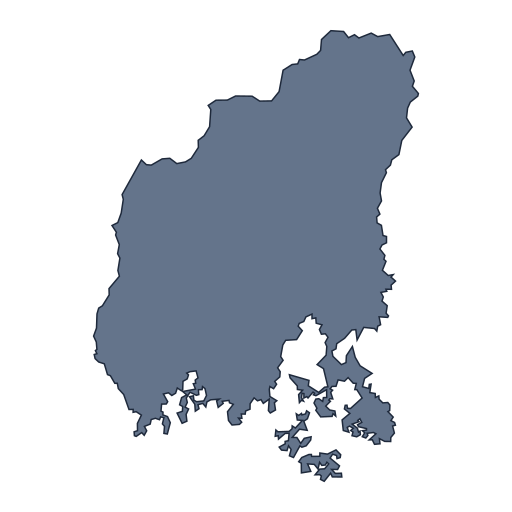 Müna, Ngöbe Buglé, Panama (orthographic projection)
{"feature_id": "35544464B46003057824195", "entity_name": "Müna", "entity_type": "district", "adm_level": 2, "iso_a3": "PAN", "parent_name": "Panama", "parent_adm1": "Ngöbe Buglé", "projection": "orthographic", "projection_center": [-81.616, 8.422], "detail": "fine", "context": "isolated", "style": "filled", "palette": "slate", "viewbox_px": 512, "rotation_deg": 0, "n_neighbors": 0, "source": "geoboundaries", "source_scale": "gbopen_adm2", "svg_char_len": 6095}
<svg xmlns="http://www.w3.org/2000/svg" viewBox="0 0 512 512"><path d="M119.4,276.2L109.0,288.6L109.2,294.9L102.4,305.8L98.7,308.1L97.0,313.9L96.5,328.1L93.6,336.1L96.3,342.0L96.9,349.4L95.4,350.6L96.9,353.7L94.2,354.5L95.1,358.6L98.7,362.0L104.3,363.8L107.5,374.6L110.4,375.7L114.8,383.3L117.3,383.3L118.3,388.6L123.7,394.5L129.0,409.5L133.2,409.4L133.1,412.3L136.2,411.7L141.4,415.1L137.4,423.4L137.5,430.7L134.1,431.8L134.4,435.7L136.2,436.4L141.7,432.6L144.2,435.3L146.7,430.8L144.4,426.4L150.2,424.1L151.2,419.5L155.4,418.3L159.5,419.7L160.6,416.9L163.9,417.7L162.4,423.9L164.5,426.3L163.9,433.4L167.3,434.0L170.3,422.7L167.5,416.6L162.9,414.9L163.0,412.1L161.0,411.1L161.6,404.1L166.3,404.0L167.7,401.7L163.4,394.0L168.5,392.8L171.8,395.5L175.6,393.2L177.3,388.0L181.3,390.7L182.7,389.7L183.0,381.3L187.2,378.9L188.5,374.9L186.7,373.1L189.9,371.7L196.1,370.9L198.0,377.9L195.2,380.1L195.7,383.3L193.3,383.7L195.5,389.1L182.7,391.5L186.7,394.9L181.6,397.6L179.6,404.8L182.7,406.5L182.4,411.3L177.1,413.1L182.1,423.3L186.9,421.2L186.1,414.4L188.6,409.0L185.1,407.1L187.3,402.5L186.3,398.0L190.0,392.2L196.4,395.3L198.8,394.6L198.4,389.7L202.1,389.6L202.5,386.6L205.0,388.6L206.5,395.5L203.8,400.9L196.6,401.7L193.9,400.2L193.4,395.8L189.5,396.7L194.8,404.2L195.3,411.2L199.0,408.7L198.0,404.7L202.8,403.4L205.8,407.0L206.9,401.9L210.7,399.8L219.2,399.1L216.6,400.9L218.2,407.4L223.2,403.4L222.2,401.3L229.0,400.4L229.5,402.8L233.3,404.3L227.5,411.7L228.5,420.5L232.0,425.0L239.4,424.4L241.7,422.2L238.5,418.1L241.9,418.3L241.3,414.0L245.2,414.1L245.6,411.0L250.0,409.2L250.1,403.7L254.1,397.9L257.5,400.8L261.0,399.6L263.3,403.4L269.2,399.1L268.4,410.6L270.3,413.0L275.5,410.0L274.4,402.7L276.8,400.7L269.9,396.5L269.3,389.4L269.9,386.5L273.6,388.7L276.6,384.2L274.7,381.4L279.8,376.9L280.2,371.7L277.6,367.8L283.1,360.3L280.7,356.6L282.8,345.0L285.7,340.3L296.6,339.6L302.3,330.7L298.2,326.2L299.2,323.4L303.8,321.5L305.9,316.9L312.0,314.1L312.0,318.7L315.8,317.9L316.2,323.2L322.0,324.8L319.4,329.5L321.4,334.2L325.4,333.8L328.0,337.3L325.1,342.6L326.8,346.4L326.1,355.2L317.1,364.6L323.5,368.6L327.9,386.8L324.6,387.2L318.7,392.4L308.3,385.8L309.0,380.4L289.4,374.7L290.1,377.9L297.3,385.9L297.4,389.5L302.6,390.2L298.6,394.6L299.4,402.6L301.5,400.3L303.5,401.1L301.5,397.6L302.1,393.3L303.9,393.6L303.9,398.0L306.8,396.6L308.0,398.0L313.0,392.1L314.6,393.2L313.4,394.8L315.9,395.7L326.6,389.7L326.7,397.5L323.4,397.6L322.7,401.4L318.8,398.7L315.8,399.1L314.0,403.0L316.9,408.2L315.8,410.3L320.7,416.9L332.1,416.4L333.0,413.6L335.7,416.0L334.9,411.0L329.7,410.0L325.7,406.1L330.4,401.3L328.8,400.1L329.8,398.7L332.8,398.9L330.7,392.4L332.6,390.2L330.1,388.8L332.0,386.4L336.0,386.3L338.1,379.9L344.5,381.2L348.1,377.6L353.2,383.2L356.3,383.4L354.8,389.6L356.8,389.6L362.1,398.0L350.5,408.5L347.5,408.3L347.0,405.2L345.2,405.3L344.4,408.9L349.9,413.4L342.1,419.9L343.3,430.5L348.9,432.2L347.2,427.4L349.5,426.1L353.3,428.3L350.7,430.5L353.0,432.0L352.0,435.7L356.7,436.8L360.4,434.7L360.0,431.1L358.5,432.1L357.4,428.2L352.1,424.1L359.0,421.7L357.7,420.4L359.9,418.7L361.8,422.4L357.5,424.7L358.5,426.7L366.5,428.6L366.5,430.1L362.4,430.7L364.7,432.8L362.3,436.7L365.8,438.0L367.9,435.5L367.1,433.3L373.5,432.5L375.9,433.8L369.2,439.9L372.3,439.8L374.5,444.3L380.0,443.8L379.4,438.6L384.7,441.4L390.7,441.5L390.8,437.5L394.4,433.1L392.6,426.0L395.4,425.2L394.6,422.5L390.9,420.6L393.2,417.1L387.9,411.6L389.7,410.6L389.9,405.0L387.8,402.5L382.8,402.9L379.1,399.2L378.8,395.9L375.4,397.5L375.2,393.5L369.8,392.6L371.1,384.1L369.3,384.4L368.8,388.5L362.5,386.7L364.6,378.4L372.1,373.4L360.1,365.8L355.2,357.3L352.4,346.5L346.4,355.7L346.0,362.6L341.4,364.6L332.9,356.3L331.9,351.0L336.0,348.8L336.7,343.7L344.6,338.3L351.8,330.0L355.8,329.6L357.1,340.0L363.7,327.4L374.5,328.5L376.8,331.1L377.7,326.2L380.6,324.7L379.1,316.8L387.7,317.4L388.5,315.9L386.1,313.2L387.2,305.7L382.0,301.1L383.3,297.0L380.9,292.4L386.8,291.3L385.9,289.2L391.5,289.3L391.1,285.1L395.5,281.1L391.0,277.1L393.2,274.6L388.2,275.5L382.4,270.3L386.0,261.3L383.9,259.3L384.9,255.4L379.9,249.0L382.0,245.0L386.5,242.8L386.5,236.5L383.0,235.5L381.4,225.3L377.1,222.9L376.6,217.0L379.9,214.1L377.4,208.3L381.5,200.9L380.1,193.0L381.5,182.6L386.4,172.7L385.5,169.7L390.4,165.1L391.8,159.8L398.9,154.6L401.8,140.4L412.1,127.1L406.5,117.9L407.6,108.1L410.3,102.1L417.8,96.1L418.4,93.5L412.4,86.3L414.2,81.0L410.0,70.2L414.8,57.0L412.3,51.0L405.8,52.3L403.2,55.5L389.7,34.5L377.7,36.6L371.2,33.1L358.9,38.0L354.5,34.7L348.5,37.7L343.6,31.5L330.9,30.7L321.5,39.5L320.6,50.4L316.8,54.3L304.5,60.0L299.5,59.5L297.7,63.9L292.1,64.5L283.1,70.2L279.1,91.6L271.6,100.9L259.7,101.1L252.1,96.2L235.6,96.0L227.3,100.1L216.0,100.2L208.2,105.4L210.8,109.5L209.6,126.7L204.1,135.8L198.2,140.3L198.4,147.4L191.3,158.3L185.5,161.9L176.8,163.6L169.8,158.3L162.1,158.9L151.3,165.1L146.4,164.7L141.4,160.0L122.1,194.6L123.3,199.3L121.2,213.1L117.8,222.6L112.0,225.5L116.4,232.3L115.6,235.0L119.3,244.6L117.6,253.7L119.9,258.1L117.9,270.5L119.4,276.2ZM301.4,472.9L310.8,471.4L307.6,463.9L314.3,464.4L318.0,469.0L319.6,462.3L321.8,465.4L325.4,465.0L326.9,462.2L328.7,463.9L324.6,468.8L319.7,469.1L315.1,474.8L319.8,474.7L321.3,476.0L320.5,479.4L324.2,481.3L330.6,473.2L332.3,476.9L341.8,477.0L341.4,473.2L335.3,473.4L331.6,469.4L337.6,469.5L339.5,465.9L330.1,458.1L332.6,454.2L336.6,455.5L337.0,458.6L340.2,457.6L340.7,454.7L336.0,449.9L327.5,454.1L319.9,453.0L319.8,456.3L311.6,456.4L311.4,454.5L308.9,454.5L301.8,457.5L298.7,461.7L301.3,463.2L301.4,472.9ZM275.9,430.0L275.2,436.3L278.2,435.7L278.5,439.1L285.2,433.4L289.1,433.3L288.4,440.7L285.1,441.4L285.2,443.8L279.2,447.1L281.5,450.1L287.0,450.6L288.5,445.8L291.1,449.5L289.4,455.8L293.5,457.5L299.9,445.9L301.9,447.2L306.2,445.8L310.7,440.0L311.1,436.8L304.3,438.3L300.7,443.4L296.9,437.5L292.2,437.4L299.5,429.2L307.2,430.3L303.8,421.2L307.4,418.8L309.5,412.8L306.6,410.8L305.5,413.9L301.9,414.9L301.5,413.4L298.7,415.4L296.3,413.8L297.3,420.0L302.4,420.4L295.4,428.0L292.2,425.9L292.1,428.7L289.2,431.4L277.9,431.8L275.9,430.0Z" fill="#64748b" stroke="#1e293b" stroke-width="1.5"/></svg>